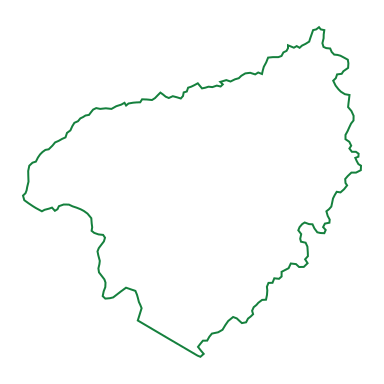 Joselândia, Maranhão, Brazil
{"feature_id": "56859067B10532141445233", "entity_name": "Joselândia", "entity_type": "district", "adm_level": 2, "iso_a3": "BRA", "parent_name": "Brazil", "parent_adm1": "Maranhão", "projection": "albers", "projection_center": [-44.747, -5.02], "detail": "fine", "context": "isolated", "style": "outline", "palette": "green", "viewbox_px": 384, "rotation_deg": 0, "n_neighbors": 0, "source": "geoboundaries", "source_scale": "gbopen_adm2", "svg_char_len": 3458}
<svg xmlns="http://www.w3.org/2000/svg" viewBox="0 0 384 384"><path d="M200.4,356.8L203.7,353.9L200.9,350.6L198.0,346.9L200.2,344.0L202.9,340.7L207.2,340.6L209.3,336.8L211.9,333.6L214.7,333.0L218.1,332.3L222.5,329.8L225.4,325.0L228.2,321.0L233.1,317.0L236.8,318.4L239.0,320.5L241.9,323.1L246.1,322.3L248.0,318.6L250.6,316.6L253.1,314.2L252.1,310.8L253.7,307.2L256.4,305.0L258.3,302.8L262.1,299.9L266.0,299.7L267.0,294.9L267.3,290.4L266.9,286.8L268.5,282.9L272.5,282.8L274.3,278.3L279.0,278.8L281.6,276.5L281.6,271.8L288.6,268.2L290.8,263.5L296.0,264.1L299.1,267.0L303.8,266.9L307.6,263.2L305.1,259.3L307.9,256.2L307.8,252.5L307.4,246.6L305.6,242.7L301.0,241.7L300.2,238.8L301.2,234.1L298.3,230.3L299.6,227.1L302.2,224.1L304.7,222.5L309.0,224.1L312.5,224.3L314.4,228.4L317.3,232.3L320.4,233.0L324.3,233.2L325.7,230.0L323.1,227.1L324.9,223.6L329.4,222.7L329.7,219.6L327.7,215.9L326.4,211.3L329.0,209.2L331.3,206.6L332.2,202.5L333.0,198.5L334.7,195.1L336.7,191.8L340.5,192.4L344.1,189.2L347.1,185.4L345.5,183.0L345.2,179.0L347.9,175.9L351.4,172.6L356.0,172.6L360.8,170.2L361.0,165.7L358.4,164.1L356.7,161.0L355.3,157.9L358.4,156.7L358.6,153.7L355.9,151.8L351.9,151.8L349.4,148.5L351.2,145.7L349.3,141.8L345.5,139.2L345.5,134.9L347.6,131.1L349.2,127.5L351.1,123.5L353.5,120.5L353.6,115.8L351.4,111.0L348.1,107.1L348.5,103.2L349.1,98.4L349.5,95.0L344.9,94.2L340.9,91.7L338.5,89.3L335.6,85.6L333.2,80.7L335.8,78.2L337.1,74.4L341.7,73.8L343.4,71.2L348.1,67.9L348.4,63.3L347.8,59.7L343.8,57.5L340.4,55.7L337.4,54.9L334.2,54.6L331.7,52.0L330.2,48.5L326.2,48.1L323.5,46.9L322.4,43.2L323.6,38.3L323.7,34.5L324.3,30.1L320.8,29.4L319.0,27.2L316.2,29.4L313.1,30.1L311.4,35.0L310.1,38.7L309.2,41.6L305.5,43.9L302.0,45.6L299.6,47.8L296.7,46.1L293.9,47.7L288.0,45.3L288.0,48.2L286.5,50.9L283.4,52.4L281.5,56.0L278.4,57.1L273.2,57.1L268.1,57.6L266.2,62.4L263.8,66.8L262.8,70.4L262.0,74.0L258.2,72.5L255.2,74.4L250.2,72.8L245.3,73.4L241.3,75.8L238.8,78.2L235.0,79.3L230.5,81.5L226.3,80.1L220.3,81.9L222.8,84.4L220.6,86.5L216.8,85.6L212.4,87.1L208.5,86.7L205.3,87.7L202.0,88.4L200.1,86.1L197.8,83.3L193.9,85.4L191.2,86.7L188.1,87.7L186.8,91.5L183.7,92.4L183.0,96.0L180.8,98.5L177.0,97.3L172.8,96.2L168.8,98.0L165.7,96.7L162.9,94.4L160.4,92.6L157.8,95.2L155.0,98.1L152.0,100.0L146.9,99.5L142.1,99.3L140.2,102.3L136.7,102.4L133.1,102.7L128.5,103.5L126.1,105.5L124.5,102.8L121.3,104.6L116.3,106.2L111.5,108.9L105.8,108.3L100.2,108.9L96.2,108.1L93.1,109.6L91.1,112.1L89.0,114.9L85.5,115.5L83.0,117.1L80.3,118.4L78.0,121.2L74.4,122.8L72.3,126.2L70.4,130.4L67.0,132.9L65.5,137.4L62.1,138.9L58.6,140.9L55.1,142.4L52.4,145.7L48.7,149.3L45.4,149.9L42.5,152.0L40.1,154.4L37.9,157.6L35.9,161.6L32.5,162.7L29.3,165.7L28.2,171.0L28.3,175.8L28.5,181.7L27.2,187.0L26.6,190.3L25.5,193.2L23.0,195.6L24.3,200.2L28.3,203.1L32.9,206.2L35.8,208.0L41.9,211.3L44.6,209.8L49.2,208.6L52.0,207.6L54.9,210.8L57.5,209.2L58.9,206.2L63.7,204.5L68.9,204.6L72.5,206.3L76.7,207.7L80.7,209.3L83.9,211.0L87.5,213.6L91.3,218.2L91.7,223.5L92.2,227.3L91.6,230.8L94.2,232.9L98.5,234.4L103.1,234.9L105.0,237.7L103.9,241.4L101.6,244.4L98.8,248.1L97.5,251.4L98.3,255.3L99.8,260.9L99.4,264.2L98.4,268.4L99.0,272.4L102.1,276.4L104.4,279.4L105.5,282.6L105.3,287.1L103.7,291.3L102.7,296.1L105.3,298.6L109.9,298.2L113.2,297.4L120.7,291.6L126.0,287.7L135.4,290.9L137.0,294.8L137.9,298.0L138.9,302.0L140.2,304.7L141.6,308.2L137.8,320.5L168.5,338.6L197.5,355.6L200.4,356.8Z" fill="none" stroke="#15803d" stroke-width="2"/></svg>